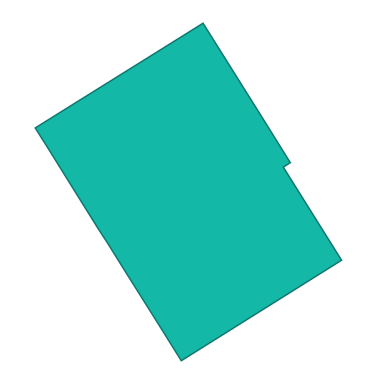 Mower, Minnesota, United States of America (Robinson projection), rotated 58°
{"feature_id": "52423323B52141810404240", "entity_name": "Mower", "entity_type": "district", "adm_level": 2, "iso_a3": "USA", "parent_name": "United States of America", "parent_adm1": "Minnesota", "projection": "robinson", "projection_center": [-92.779, 43.674], "detail": "fine", "context": "isolated", "style": "filled", "palette": "teal", "viewbox_px": 384, "rotation_deg": 58, "n_neighbors": 0, "source": "geoboundaries", "source_scale": "gbopen_adm2", "svg_char_len": 468}
<svg xmlns="http://www.w3.org/2000/svg" viewBox="0 0 384 384"><g transform="rotate(58 192 192)"><path d="M219.2,93.1L169.1,93.0L109.3,93.1L56.3,93.2L54.7,93.2L54.7,142.8L54.6,241.5L54.6,291.0L65.9,291.0L66.0,291.0L73.5,290.9L136.5,291.0L173.1,291.0L190.6,290.7L211.1,290.7L217.8,290.7L219.5,290.7L227.0,290.7L235.8,290.7L237.7,290.7L281.7,290.5L322.3,290.5L329.4,290.5L329.1,101.3L219.3,101.4L219.2,93.1Z" fill="#14b8a6" stroke="#0f766e" stroke-width="1.5"/></g></svg>